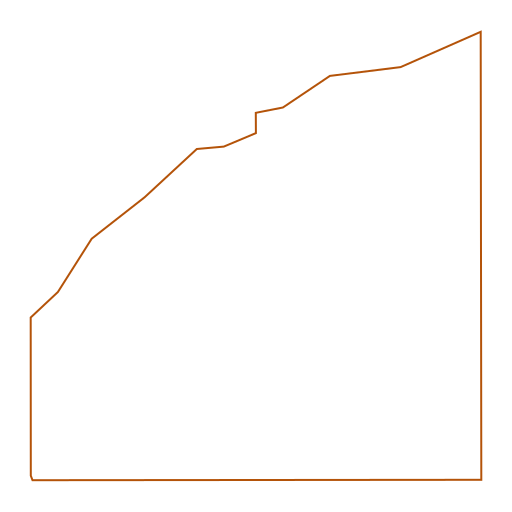 the district of Polk, Nebraska, United States of America
{"feature_id": "52423323B76497945553025", "entity_name": "Polk", "entity_type": "district", "adm_level": 2, "iso_a3": "USA", "parent_name": "United States of America", "parent_adm1": "Nebraska", "projection": "equal_earth", "projection_center": [-97.618, 41.222], "detail": "fine", "context": "isolated", "style": "outline", "palette": "amber", "viewbox_px": 512, "rotation_deg": 0, "n_neighbors": 0, "source": "geoboundaries", "source_scale": "gbopen_adm2", "svg_char_len": 311}
<svg xmlns="http://www.w3.org/2000/svg" viewBox="0 0 512 512"><path d="M481.3,479.8L480.7,31.8L400.6,67.1L329.9,75.9L282.9,107.5L255.8,112.8L255.9,133.1L223.8,146.6L196.8,149.0L144.7,197.2L91.7,238.7L57.9,292.0L30.7,317.5L30.8,475.7L32.5,480.2L481.3,479.8Z" fill="none" stroke="#b45309" stroke-width="2"/></svg>